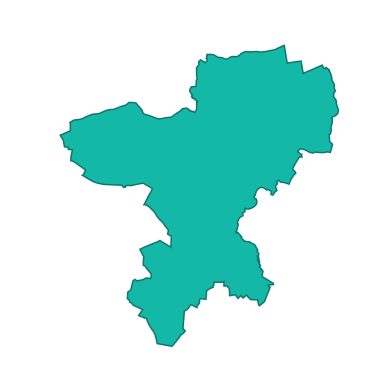 Īvandes pag., Kuldigas, Latvia, rotated 186°
{"feature_id": "27541924B58037297238145", "entity_name": "Īvandes pag.", "entity_type": "district", "adm_level": 2, "iso_a3": "LVA", "parent_name": "Latvia", "parent_adm1": "Kuldigas", "projection": "orthographic", "projection_center": [21.775, 56.978], "detail": "fine", "context": "isolated", "style": "filled", "palette": "teal", "viewbox_px": 384, "rotation_deg": 186, "n_neighbors": 0, "source": "geoboundaries", "source_scale": "gbopen_adm2", "svg_char_len": 5958}
<svg xmlns="http://www.w3.org/2000/svg" viewBox="0 0 384 384"><g transform="rotate(186 192 192)"><path d="M61.1,246.1L58.6,245.8L57.2,254.1L59.7,256.1L60.4,256.5L61.3,262.3L61.6,263.4L60.4,264.3L59.9,268.7L60.6,270.0L60.0,274.8L59.8,275.5L60.0,279.0L60.8,280.5L60.3,281.1L58.2,282.3L56.9,283.4L55.4,285.1L55.1,286.3L55.0,288.7L56.1,291.5L57.7,295.0L57.9,297.0L58.1,297.7L58.6,298.7L60.7,301.1L61.3,302.7L61.3,303.2L61.1,304.4L61.2,305.1L61.2,305.4L61.1,305.8L60.3,306.6L60.1,307.8L60.2,308.3L60.9,308.9L61.2,309.4L61.7,311.5L61.5,313.0L61.6,313.3L62.6,315.3L65.1,318.5L64.7,319.0L64.8,319.8L65.0,320.1L65.2,321.2L66.8,324.9L67.4,325.8L68.2,326.2L68.4,326.4L68.4,326.9L68.0,327.3L68.3,327.8L70.6,329.1L71.6,329.9L72.3,328.6L74.3,329.2L74.6,329.9L75.7,331.8L93.8,321.6L97.2,333.6L110.8,330.2L115.6,347.5L121.5,344.1L124.2,342.3L133.7,339.3L138.5,338.3L142.1,338.5L148.2,337.5L153.1,337.3L153.9,337.0L155.5,336.2L157.0,335.2L157.8,334.5L159.5,332.5L161.4,331.5L162.4,331.0L166.2,331.0L168.5,329.8L170.1,328.3L171.2,327.8L173.5,327.9L176.7,328.8L179.9,328.6L183.1,330.0L185.7,330.9L187.7,330.8L189.9,330.5L191.1,330.6L191.7,329.2L191.5,327.9L191.8,326.2L191.6,325.9L191.0,326.0L190.7,325.9L190.6,324.4L190.6,324.1L191.2,323.3L192.0,322.7L192.4,322.0L197.2,324.3L199.1,322.1L198.3,319.7L200.6,315.8L200.4,315.1L199.4,307.3L198.6,305.8L199.4,303.4L199.0,298.7L199.2,297.4L203.6,296.6L204.8,293.9L204.8,292.1L204.3,291.3L201.7,288.0L202.5,287.2L202.2,286.9L201.7,286.5L201.6,286.1L201.0,285.9L200.9,285.7L201.1,285.4L200.2,285.5L199.8,284.9L199.2,285.1L199.0,284.6L198.4,284.2L197.9,284.0L197.8,283.7L197.4,283.6L196.8,283.0L196.4,282.9L196.3,282.4L195.9,282.5L196.1,281.8L196.8,281.6L196.0,275.2L197.4,271.4L198.1,271.6L198.9,272.2L200.1,272.3L200.3,272.2L200.8,272.4L201.1,272.2L201.8,272.2L201.9,272.3L202.0,272.6L202.7,272.7L202.8,273.0L203.4,273.3L203.4,273.5L203.8,273.8L206.1,274.9L210.1,273.9L211.0,272.8L211.9,271.5L215.6,268.6L220.5,264.2L224.6,263.4L230.2,261.8L232.6,261.3L233.5,261.2L243.7,263.8L244.9,263.9L245.1,263.7L248.4,264.8L249.4,266.0L250.0,268.0L257.1,274.7L261.3,274.8L262.8,274.4L263.7,274.6L264.4,274.2L265.8,272.5L266.8,271.6L270.9,269.9L278.7,265.9L281.8,265.5L285.8,264.2L288.7,262.6L291.8,260.6L295.4,259.6L298.4,259.1L301.2,257.9L305.7,255.5L308.6,253.5L309.7,253.0L312.8,252.1L317.0,251.2L320.6,248.4L320.2,248.1L319.4,240.2L329.0,234.7L326.4,231.3L325.5,230.4L323.5,223.5L320.0,223.8L319.9,223.6L319.5,221.5L315.3,221.5L316.0,215.1L315.9,210.5L314.0,210.2L312.0,209.5L300.1,202.7L302.0,197.5L302.7,197.2L295.3,193.7L292.2,192.4L289.1,191.4L286.9,191.0L282.8,190.5L280.0,190.4L262.7,191.4L260.2,189.3L258.6,190.1L258.9,191.0L256.9,191.8L252.4,192.1L250.9,192.9L241.6,195.7L232.0,191.5L232.0,190.8L232.4,188.9L234.2,185.0L238.4,174.3L237.4,174.5L235.1,173.8L232.8,172.6L230.5,170.8L227.3,168.1L225.8,166.5L225.2,165.2L222.9,162.7L220.6,160.6L219.3,159.8L217.7,158.4L215.5,155.7L211.5,151.7L211.8,147.6L207.9,145.7L207.7,142.6L207.4,135.7L207.2,134.9L219.4,140.6L219.2,140.4L219.7,139.7L233.9,132.0L237.8,129.6L233.9,123.5L233.3,123.1L233.1,117.0L232.7,113.9L230.9,113.4L229.8,111.9L225.2,107.4L224.2,106.6L223.8,105.0L224.1,101.7L228.7,101.7L231.7,99.6L236.8,98.1L237.4,97.8L237.6,98.0L239.7,99.1L241.3,97.6L242.6,89.0L243.3,87.4L244.9,86.2L245.4,85.6L245.2,80.7L245.2,79.1L243.6,78.5L242.3,75.9L241.2,75.7L238.5,73.2L228.8,69.9L232.2,63.5L223.8,61.2L222.9,58.9L220.1,54.3L215.7,49.1L214.2,47.1L211.7,40.7L210.8,37.6L195.8,36.5L194.5,38.2L189.1,46.6L188.7,48.0L186.2,50.2L185.8,50.8L184.2,53.0L186.7,55.5L187.2,72.8L185.1,74.1L183.3,76.2L182.1,78.8L181.1,79.9L175.0,77.5L174.8,79.0L174.4,80.1L173.2,81.9L173.0,82.2L173.2,85.1L172.8,86.6L171.8,86.8L166.9,86.8L167.1,95.4L164.4,97.6L161.0,99.6L160.5,104.6L151.6,105.6L151.1,105.8L150.8,106.1L150.4,101.8L147.6,102.3L144.7,99.7L143.8,92.9L143.7,92.8L138.3,94.3L138.1,94.3L135.3,91.0L132.7,93.7L132.6,94.1L130.2,91.9L127.0,95.1L122.6,91.1L115.4,91.6L115.4,91.2L113.7,86.3L112.9,86.0L108.5,90.5L104.3,105.5L104.8,105.6L106.6,107.0L106.4,107.4L100.8,108.6L101.3,108.7L101.4,109.4L101.6,109.7L111.7,114.4L112.5,114.6L112.9,115.0L113.5,116.2L113.1,120.8L113.8,121.0L114.7,121.6L114.8,121.9L114.5,122.3L114.5,122.5L114.9,122.5L116.3,123.9L116.9,123.9L117.2,124.4L117.2,124.5L117.1,124.8L116.3,125.6L116.2,126.0L117.2,127.3L117.8,127.5L117.9,127.8L117.4,128.2L117.6,129.0L117.9,129.1L117.6,129.8L117.7,130.2L117.7,130.4L118.0,130.8L118.6,130.2L118.8,129.8L119.4,130.7L118.8,130.7L118.7,131.4L119.3,131.5L119.7,131.2L119.9,131.4L119.7,132.2L119.5,132.3L119.0,132.3L118.6,132.7L118.6,132.9L119.2,133.0L119.3,133.1L119.1,133.4L118.8,133.4L120.0,134.6L119.6,134.6L119.2,134.9L119.2,135.3L119.8,135.3L119.8,135.5L119.3,136.1L119.1,137.7L121.2,140.0L120.5,141.1L124.2,146.2L128.7,147.9L129.0,148.3L130.9,148.6L131.4,148.4L133.8,148.4L134.4,148.7L134.8,148.7L134.9,149.1L135.9,149.5L136.1,149.9L138.1,151.3L137.9,152.6L141.9,156.3L142.8,156.5L144.1,156.0L144.2,156.8L144.3,156.9L143.4,157.6L143.8,158.3L143.7,158.8L143.0,159.8L143.2,161.4L142.6,163.8L142.6,164.2L142.9,165.2L143.2,165.8L143.5,165.8L143.4,167.9L141.9,171.5L138.8,173.8L139.4,176.6L137.2,178.1L137.8,181.2L136.6,181.4L136.4,180.9L135.5,180.8L134.4,180.8L133.0,181.5L132.3,181.5L129.1,183.5L127.0,186.0L126.6,187.8L126.4,188.1L126.7,190.1L127.5,191.8L128.1,191.6L129.4,193.2L130.0,194.2L129.2,194.7L128.7,196.2L128.3,198.9L127.3,201.0L126.2,202.4L125.9,202.3L124.4,203.9L121.2,203.6L117.7,201.8L117.2,202.2L115.4,202.2L113.7,200.9L113.1,199.6L113.1,197.7L111.2,197.4L109.6,200.6L107.7,202.4L109.7,206.4L107.8,209.3L109.0,211.3L106.8,212.7L105.4,211.3L103.5,211.0L102.3,211.1L100.3,210.9L96.3,210.0L95.2,214.3L92.6,219.4L90.7,221.5L91.9,223.3L94.5,225.3L92.8,229.8L91.0,233.7L88.7,238.3L86.4,238.1L86.8,241.0L87.6,240.9L88.5,241.4L89.9,242.7L90.8,242.7L91.2,243.3L88.9,246.4L84.0,245.8L80.2,244.1L76.7,243.4L76.0,243.4L73.6,244.5L72.9,244.6L69.5,244.6L66.1,244.8L61.1,246.1Z" fill="#14b8a6" stroke="#0f766e" stroke-width="1.5"/></g></svg>